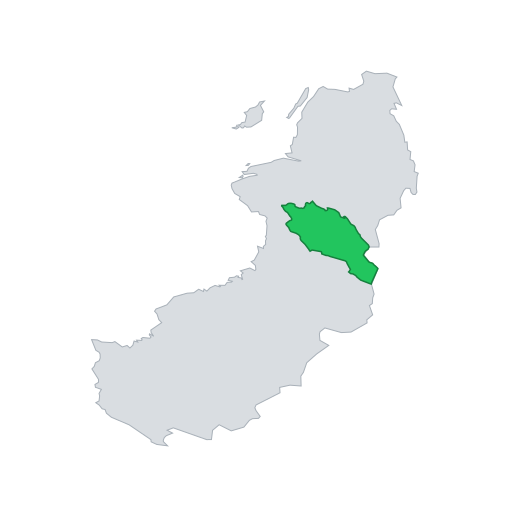 Dalarna on a map of Sweden (Natural Earth projection), rotated 190°
{"feature_id": "SWE-181", "entity_name": "Dalarna", "entity_type": "County", "adm_level": 1, "iso_a3": "SWE", "parent_name": "Sweden", "parent_adm1": "", "projection": "natural_earth1", "projection_center": [14.891, 61.079], "detail": "fine", "context": "in_parent", "style": "filled", "palette": "green", "viewbox_px": 512, "rotation_deg": 190, "n_neighbors": 0, "source": "natural_earth", "source_scale": "10m", "svg_char_len": 6505}
<svg xmlns="http://www.w3.org/2000/svg" viewBox="0 0 512 512"><g transform="rotate(190 256 256)"><path d="M114.3,345.5L116.1,349.3L120.2,348.8L121.9,346.0L124.1,337.8L121.5,328.6L125.1,325.5L127.5,320.4L133.1,319.0L140.6,313.1L141.4,307.1L143.1,302.8L136.9,289.5L136.5,286.2L146.1,284.5L150.2,275.8L143.7,270.1L133.6,264.8L137.3,248.0L133.1,239.0L133.8,235.1L133.2,229.3L135.7,226.9L130.9,218.3L135.8,212.4L135.0,209.4L149.2,197.6L158.6,195.4L175.7,197.1L179.8,192.5L180.0,190.0L178.4,184.0L168.8,180.6L179.3,170.0L187.5,159.7L189.1,149.7L191.0,145.5L189.0,135.8L200.1,134.7L209.9,130.7L208.6,125.5L230.1,109.3L230.8,106.4L229.1,103.7L224.0,98.7L225.4,96.5L231.2,95.2L234.0,93.0L238.2,85.4L250.0,79.5L263.0,83.4L268.5,76.8L268.0,67.5L272.7,66.6L307.6,72.4L313.3,69.0L307.4,67.1L313.1,63.5L314.8,61.2L315.3,58.5L315.0,57.1L310.1,53.7L321.0,53.2L327.0,54.8L327.6,56.9L351.6,67.7L370.5,72.1L376.0,75.2L378.0,78.6L381.0,78.8L384.6,82.0L388.3,83.7L385.4,86.0L385.7,91.1L386.7,93.4L385.1,97.8L391.3,98.8L392.3,101.5L389.2,104.2L389.7,107.2L398.0,116.3L396.1,119.2L395.6,123.0L392.2,125.7L391.7,128.6L392.5,132.3L393.8,134.0L397.3,135.3L403.4,145.1L397.6,145.8L393.0,144.5L382.6,145.7L380.1,147.2L371.9,143.2L367.4,145.5L364.2,143.5L361.8,146.7L361.3,151.1L357.5,150.7L359.0,152.4L353.9,153.0L353.6,153.7L354.7,154.8L353.2,156.1L346.2,156.6L345.3,158.0L347.4,159.8L347.3,160.9L342.8,159.2L346.0,162.4L346.7,164.8L337.3,174.0L340.6,176.4L343.4,181.7L346.3,184.0L345.2,186.5L335.3,192.4L329.9,201.4L317.4,207.4L310.9,209.0L306.7,213.3L301.6,211.9L301.5,214.4L298.3,212.9L295.7,216.7L291.2,219.9L286.2,219.3L285.7,219.9L287.2,220.8L281.5,221.7L279.8,225.0L275.6,226.0L274.9,227.0L279.2,227.2L278.4,230.0L273.5,231.4L271.8,233.1L269.6,233.1L270.0,231.8L266.7,231.8L265.7,230.3L265.1,230.7L267.3,235.1L265.7,237.0L268.8,238.7L260.0,243.1L254.5,241.4L253.8,242.8L255.0,246.6L259.8,249.6L257.0,251.6L254.0,260.5L256.2,265.9L249.9,264.7L250.4,266.7L248.5,269.1L249.3,272.6L248.7,274.9L250.2,277.0L249.4,278.0L250.4,287.7L252.2,291.9L251.6,295.3L254.2,297.1L259.6,297.5L261.3,300.2L268.1,298.6L273.0,304.1L282.3,308.7L281.9,311.7L287.8,313.9L291.3,318.1L292.7,321.5L292.3,323.6L283.2,329.4L276.2,333.3L268.9,335.7L269.3,336.6L272.9,337.0L281.7,334.2L284.3,336.7L279.6,337.8L278.7,341.1L276.6,343.2L257.3,350.9L254.7,353.2L246.0,357.1L230.4,356.8L228.0,357.6L241.6,359.2L244.8,362.0L238.4,363.8L241.3,370.5L239.6,372.1L239.6,379.5L237.3,379.7L236.3,382.7L237.5,390.2L238.7,392.3L238.2,394.4L234.6,399.5L235.9,405.6L231.7,416.6L227.0,423.0L223.3,431.6L219.3,434.6L214.4,432.8L207.2,433.8L194.1,433.5L192.5,434.3L193.5,437.5L188.8,437.0L180.5,443.7L180.2,446.9L183.5,453.1L179.4,457.2L170.5,456.2L158.8,458.8L148.3,456.7L149.6,454.6L150.5,446.3L138.6,429.5L144.3,431.2L146.6,430.3L143.1,424.9L148.0,424.5L149.5,422.6L148.7,419.4L144.7,418.0L141.3,413.1L137.7,410.5L131.4,400.7L129.2,393.9L127.0,394.6L125.1,386.8L121.7,385.6L121.1,377.8L117.5,377.0L115.2,373.4L114.9,366.6L110.6,365.7L111.2,362.5L109.9,350.6L108.6,346.9L109.8,344.2L112.1,343.9L114.3,345.5ZM296.2,382.0L294.2,382.7L293.1,384.9L290.0,386.0L289.6,392.8L292.5,395.4L289.6,396.6L287.6,400.2L282.4,402.6L280.3,405.0L279.2,408.3L274.6,410.1L277.8,405.1L273.4,399.3L274.5,397.2L274.0,390.6L283.4,382.2L287.7,381.2L289.7,382.1L290.6,380.1L292.0,379.6L296.2,382.0ZM236.1,429.5L233.8,431.0L233.0,428.9L233.2,420.9L238.4,411.4L240.7,410.7L246.9,397.9L247.6,397.1L249.8,397.8L248.3,399.0L248.4,401.3L244.4,408.1L243.3,412.6L241.9,413.6L236.1,429.5ZM298.0,379.4L297.6,381.3L295.2,379.7L297.5,377.6L302.1,378.1L298.0,379.4ZM286.1,330.4L283.1,333.3L282.5,332.1L283.1,330.6L286.1,330.4ZM279.8,345.7L278.2,345.9L279.3,343.9L281.4,343.4L279.8,345.7Z" fill="#d9dde1" stroke="#a8b0b8" stroke-width="1"/><path d="M146.2,284.6L146.3,284.5L146.7,282.4L146.9,282.0L147.1,281.8L148.8,280.2L149.3,279.5L149.6,278.7L150.4,275.9L150.4,275.5L150.2,275.2L144.1,270.0L143.5,269.6L142.7,269.4L141.1,269.3L140.3,269.2L139.6,268.9L137.8,267.4L136.7,266.9L134.1,265.1L133.8,264.7L135.7,257.1L137.6,249.6L137.6,248.4L138.2,248.4L148.6,250.4L152.7,252.6L154.4,254.1L157.5,255.2L159.8,255.1L162.0,256.4L161.5,257.1L160.7,259.3L162.6,261.4L163.5,262.6L164.5,263.8L165.2,264.8L165.7,265.8L167.1,266.7L183.0,268.4L185.0,268.9L187.3,268.7L191.6,269.5L191.9,270.7L192.3,271.2L192.4,271.5L192.6,271.6L201.6,271.6L202.0,271.5L202.3,271.1L202.6,270.9L203.6,270.1L204.3,270.9L204.7,271.1L204.9,271.5L209.7,276.0L214.0,278.9L214.9,279.8L215.4,280.8L215.6,281.7L215.6,282.2L215.5,282.4L215.6,282.5L217.1,283.9L217.9,284.4L220.6,285.4L225.3,286.1L226.1,286.3L226.8,287.0L227.4,287.7L228.3,289.0L228.6,289.6L229.6,290.4L230.8,291.3L231.5,291.9L231.9,292.4L232.0,292.9L231.9,293.3L231.7,293.8L231.1,294.2L230.7,294.6L230.5,295.1L228.7,296.8L227.3,297.5L227.2,298.5L227.3,298.9L228.5,300.4L228.8,300.8L229.1,301.0L229.4,301.0L229.5,301.1L231.9,303.7L232.6,304.3L233.2,304.6L233.6,304.7L233.9,304.8L234.5,305.1L235.3,305.6L236.5,306.7L237.0,307.2L237.6,308.2L238.0,308.7L238.4,309.0L238.9,309.3L239.2,309.5L239.4,309.8L239.4,310.3L239.0,310.4L235.6,311.0L234.8,311.7L233.7,313.0L233.2,313.3L232.6,313.6L231.2,313.9L230.1,314.0L227.9,313.8L227.5,313.7L226.8,313.4L226.6,313.2L226.5,312.9L226.5,312.7L226.4,312.5L226.2,311.8L225.7,311.4L225.3,311.3L224.5,311.2L224.1,311.0L223.9,310.9L223.4,311.0L222.9,310.8L222.1,310.6L221.5,310.6L220.9,310.7L219.6,311.1L219.4,311.1L218.8,311.0L218.3,311.0L217.9,311.2L216.8,311.9L216.8,312.1L216.9,312.3L216.9,312.5L216.6,313.2L216.3,313.6L215.9,314.0L215.9,314.4L216.1,314.7L216.2,314.9L216.2,315.0L216.2,316.3L216.1,316.5L215.9,316.8L215.3,317.3L214.8,317.4L214.4,317.4L213.8,317.1L213.2,316.9L212.3,316.9L211.8,317.2L211.5,317.5L211.4,318.1L211.2,318.4L210.6,318.8L210.4,319.1L210.2,319.4L209.9,319.8L205.6,316.2L205.3,316.1L204.9,315.9L199.7,314.4L197.6,314.1L196.5,313.7L196.1,313.4L195.9,313.2L195.9,312.9L195.8,312.7L195.4,312.7L194.9,312.8L193.9,313.4L193.6,314.0L193.5,314.5L194.0,315.7L193.3,315.8L192.7,315.8L186.5,315.2L182.0,313.1L181.5,312.2L180.9,311.6L180.8,311.2L180.1,310.1L179.6,309.4L179.3,309.2L178.9,309.0L177.0,308.9L175.7,308.5L175.3,308.6L175.4,309.0L175.7,309.3L176.4,309.8L176.2,310.1L175.9,310.2L175.4,310.4L174.8,310.2L172.4,308.5L168.3,304.1L167.6,303.7L165.0,302.9L164.5,302.6L164.2,302.3L163.2,301.4L162.8,300.6L162.0,299.4L158.9,295.8L158.5,295.6L158.2,295.4L157.8,295.3L157.5,295.1L157.3,294.9L156.7,293.4L156.1,292.7L155.1,291.8L147.2,286.3L146.9,285.9L146.3,284.7L146.2,284.6Z" fill="#22c55e" stroke="#15803d" stroke-width="1.5"/></g></svg>